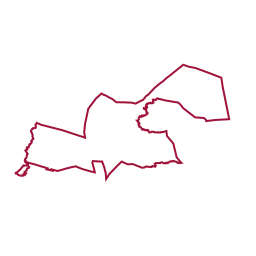 the district of San Miguel Amatitlán, Oaxaca, Mexico, rotated 287°
{"feature_id": "50627088B32935680328214", "entity_name": "San Miguel Amatitlán", "entity_type": "district", "adm_level": 2, "iso_a3": "MEX", "parent_name": "Mexico", "parent_adm1": "Oaxaca", "projection": "equal_earth", "projection_center": [-98.046, 17.886], "detail": "fine", "context": "isolated", "style": "outline", "palette": "rose", "viewbox_px": 256, "rotation_deg": 287, "n_neighbors": 0, "source": "geoboundaries", "source_scale": "gbopen_adm2", "svg_char_len": 5605}
<svg xmlns="http://www.w3.org/2000/svg" viewBox="0 0 256 256"><g transform="rotate(287 128 128)"><path d="M106.2,39.2L105.5,39.2L105.2,39.2L104.4,38.5L103.0,39.1L102.3,39.6L101.9,39.6L101.6,39.4L101.0,39.5L100.6,38.8L100.4,38.1L100.4,37.8L99.9,37.1L99.2,36.9L99.0,37.0L98.7,36.9L98.5,36.3L98.0,36.2L96.7,36.1L96.2,36.3L95.7,36.7L95.3,37.5L95.0,37.5L94.1,38.3L93.6,38.8L92.9,39.0L92.6,38.9L92.3,38.9L90.0,40.7L89.7,40.5L89.3,39.9L89.0,39.8L88.2,39.9L87.3,39.3L87.0,39.3L86.8,39.4L86.8,39.6L87.1,39.9L86.7,40.0L86.2,39.9L85.6,40.1L85.4,40.0L85.3,39.8L84.1,39.4L83.9,38.7L83.6,38.5L83.3,38.6L83.2,38.8L83.2,39.0L81.6,38.4L81.4,38.4L80.7,38.7L80.4,38.7L80.2,38.3L80.1,37.2L79.9,37.0L79.7,37.1L79.4,37.5L79.2,37.6L78.5,37.3L78.3,37.6L78.0,37.9L77.5,37.2L77.1,36.9L76.6,36.4L76.4,36.4L75.9,37.4L75.4,37.8L75.1,38.4L74.8,38.7L74.1,39.0L73.9,39.6L73.7,39.7L72.7,39.2L72.4,39.2L71.3,39.3L70.9,39.5L69.9,39.6L69.2,39.3L69.1,39.1L68.7,38.8L67.6,38.6L67.1,38.8L67.0,39.0L66.9,39.6L66.8,39.8L66.6,39.9L66.3,39.7L65.5,39.5L65.4,39.6L65.3,39.9L65.3,40.1L65.0,41.0L64.5,41.5L64.1,42.6L63.5,42.5L63.0,42.4L62.6,42.0L62.3,41.5L62.0,40.3L61.6,39.8L61.6,39.6L61.7,39.1L57.1,37.2L52.8,34.6L52.4,33.8L51.8,33.8L51.6,34.1L51.7,34.4L52.0,34.7L52.0,35.1L51.5,35.9L51.4,36.0L51.3,36.3L51.3,36.8L51.0,37.2L50.9,38.1L51.0,39.1L51.2,39.6L51.3,40.3L51.3,40.8L51.7,41.5L52.2,41.5L52.3,41.6L52.4,42.6L52.5,43.0L52.4,43.1L52.6,43.0L53.3,43.4L53.6,43.1L53.4,42.3L53.5,41.9L54.4,43.2L54.8,43.5L54.9,42.7L55.2,42.2L55.8,41.9L56.2,42.8L56.7,42.7L57.5,43.3L58.0,43.5L58.6,43.3L59.9,43.4L60.0,43.8L60.2,44.1L61.0,44.9L61.9,44.9L62.9,42.8L64.0,43.0L65.7,40.5L65.7,43.2L66.0,50.7L65.9,51.1L65.9,55.2L65.9,59.4L66.0,60.8L65.9,62.9L64.7,62.3L65.1,68.2L66.1,67.3L66.3,73.2L69.6,78.4L70.5,79.6L73.3,84.3L73.9,85.2L76.2,89.5L75.9,90.6L75.4,96.2L75.6,105.5L75.9,109.2L78.9,107.5L84.5,104.0L86.1,104.1L88.0,112.1L88.4,113.0L82.9,117.2L81.0,118.1L79.6,119.2L78.0,120.0L72.9,122.0L78.6,123.7L87.2,128.0L94.0,131.7L93.2,138.4L94.9,143.1L94.1,153.1L95.0,155.1L95.4,155.7L95.7,155.7L96.6,156.7L96.6,158.1L96.9,158.4L97.0,159.7L97.3,160.6L97.5,162.0L98.2,161.9L98.9,162.7L98.8,165.0L99.0,165.4L99.6,165.6L100.1,165.5L100.0,165.1L100.1,164.9L101.3,164.6L101.6,164.2L101.8,164.5L102.5,164.7L102.7,164.9L103.1,166.3L103.8,169.0L104.3,169.1L105.2,170.6L104.7,172.0L104.7,172.5L105.3,173.3L105.3,174.2L105.2,174.4L105.8,174.7L106.0,175.1L105.9,175.7L106.5,175.9L106.5,176.8L108.0,177.5L108.6,178.6L108.6,179.2L109.2,179.7L109.2,179.9L109.1,180.1L109.1,180.3L109.2,180.5L109.4,180.5L109.7,180.8L109.8,181.1L109.8,181.4L109.6,181.6L109.8,182.0L109.8,182.5L109.7,182.5L109.7,182.9L109.7,183.2L109.9,183.9L109.9,184.2L109.5,184.8L109.6,185.3L109.4,185.5L109.2,185.6L109.2,185.9L109.6,185.9L109.6,186.2L109.4,186.4L109.5,187.1L109.7,187.5L109.6,187.9L109.7,188.1L110.1,188.8L110.3,189.2L110.5,188.7L114.2,183.1L126.4,175.9L131.8,167.6L136.3,165.6L135.8,164.9L135.5,164.7L135.2,163.8L135.0,163.6L134.3,162.6L134.2,161.9L133.8,161.6L133.8,160.8L133.3,160.2L133.0,160.0L132.9,159.4L132.7,158.9L132.9,158.4L132.6,158.2L132.1,156.4L132.1,155.9L131.9,155.6L131.7,155.2L131.6,154.8L131.8,154.4L131.8,153.5L131.5,151.8L131.2,151.7L130.9,151.4L130.7,151.2L129.9,149.8L130.5,149.0L130.7,148.6L131.5,148.4L131.9,147.6L131.8,146.9L131.0,146.2L131.3,145.7L131.4,145.4L130.9,144.5L130.9,144.2L131.1,143.7L131.5,143.3L131.5,142.9L131.2,142.6L130.9,142.7L130.6,142.3L130.5,142.1L131.0,141.5L131.5,141.1L132.2,140.4L132.4,140.0L132.5,138.6L132.7,138.2L133.1,138.0L133.6,138.2L134.0,138.1L134.1,137.8L134.0,137.3L134.2,137.1L134.6,137.1L135.0,136.9L135.5,137.3L135.9,137.5L136.2,137.4L136.4,137.1L136.4,136.5L136.5,136.0L136.7,135.6L137.0,135.3L137.3,135.1L137.7,134.8L137.8,134.6L138.1,135.3L138.7,135.7L139.4,135.9L140.1,135.7L140.5,135.3L141.1,135.3L141.7,135.7L142.3,135.7L142.3,136.0L142.2,136.5L142.4,137.1L143.0,136.6L143.4,137.3L144.1,137.6L144.1,137.8L144.1,138.1L143.7,138.8L143.8,139.3L144.1,139.5L144.7,139.5L144.8,139.9L145.0,140.7L145.3,141.0L146.0,141.1L146.2,141.3L146.6,142.0L146.8,142.2L147.1,142.4L148.0,142.4L148.3,142.2L148.4,141.1L148.7,140.9L149.1,141.0L149.3,140.9L149.4,140.6L149.7,140.4L150.0,140.3L150.2,140.2L150.2,139.8L150.5,139.5L150.9,139.4L151.0,139.0L150.9,137.8L151.0,137.6L151.6,137.4L151.6,137.6L151.4,138.3L151.3,139.0L151.7,139.6L151.9,139.9L152.9,140.0L153.2,140.3L153.9,140.2L154.2,139.7L154.0,139.2L153.8,139.1L153.6,139.0L153.5,138.8L153.5,138.7L155.1,138.5L155.7,138.6L156.1,139.1L156.5,139.1L156.4,139.5L156.6,139.8L156.9,140.0L157.3,140.0L157.5,140.3L157.9,140.4L158.0,140.5L157.9,140.8L157.9,141.2L158.0,141.5L158.6,142.0L158.7,142.5L158.4,142.9L158.4,143.3L158.5,143.5L158.6,143.8L159.0,144.3L159.6,144.9L159.9,144.8L160.4,144.0L160.7,143.9L161.4,144.3L162.1,143.9L162.3,143.8L162.5,143.6L162.7,143.9L162.6,144.9L162.6,145.5L162.6,146.1L162.8,146.4L163.1,146.4L163.5,146.6L163.8,146.6L164.3,146.7L164.7,147.1L165.1,147.7L165.1,148.0L164.8,148.3L164.6,148.9L165.1,150.1L165.1,150.5L164.9,151.4L165.2,152.6L165.2,155.1L167.0,168.7L165.5,171.6L163.1,175.0L157.8,189.0L159.7,197.5L159.2,199.1L158.3,200.4L157.8,200.7L157.5,200.8L161.3,209.4L166.0,222.2L194.9,206.6L203.4,202.5L204.2,190.6L205.1,174.8L204.4,168.6L204.6,162.3L189.7,152.2L186.7,150.0L182.7,147.7L179.7,145.3L174.1,141.7L167.1,138.2L166.1,137.8L163.9,136.0L159.5,134.3L156.7,131.3L153.6,128.2L153.2,123.2L152.7,121.9L151.5,117.2L149.2,109.2L150.9,105.2L151.3,103.5L151.7,100.8L152.1,99.4L152.7,96.2L152.6,94.7L153.1,93.3L153.2,92.6L146.8,88.7L134.7,84.4L119.6,85.7L111.2,87.3L106.2,89.8L106.7,65.5L105.7,44.4L106.2,39.2Z" fill="none" stroke="#9f1239" stroke-width="2"/></g></svg>